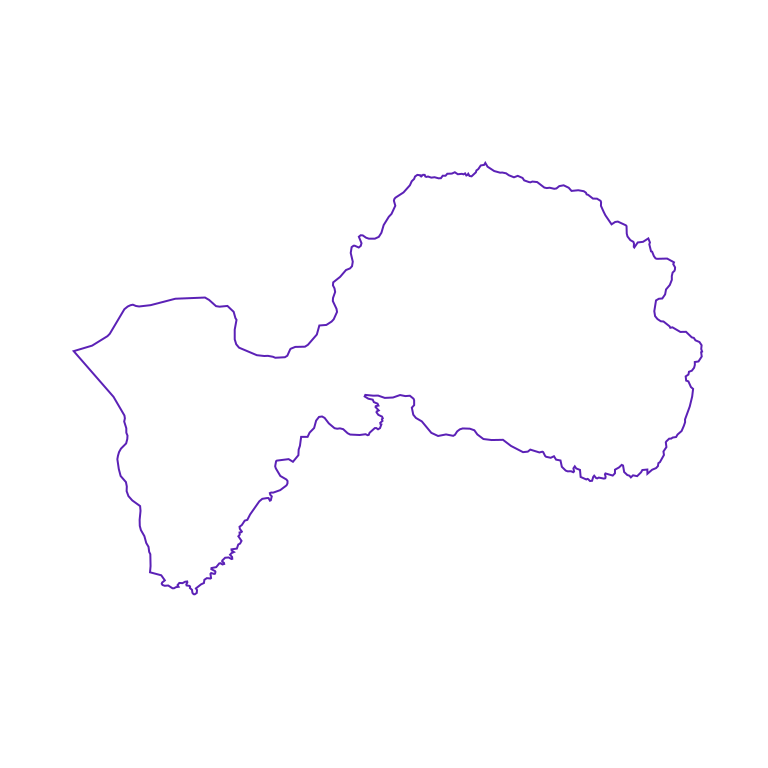 the district of Same, Manufahi, East Timor, rotated 97°
{"feature_id": "22284137B41872156490215", "entity_name": "Same", "entity_type": "district", "adm_level": 2, "iso_a3": "TLS", "parent_name": "East Timor", "parent_adm1": "Manufahi", "projection": "mercator", "projection_center": [125.715, -9.045], "detail": "fine", "context": "isolated", "style": "outline", "palette": "violet", "viewbox_px": 768, "rotation_deg": 97, "n_neighbors": 0, "source": "geoboundaries", "source_scale": "gbopen_adm2", "svg_char_len": 6126}
<svg xmlns="http://www.w3.org/2000/svg" viewBox="0 0 768 768"><g transform="rotate(97 384 384)"><path d="M425.8,307.4L422.1,305.6L419.7,303.1L418.5,300.4L417.9,293.4L418.9,288.7L422.7,285.2L426.5,278.6L426.5,270.3L424.9,259.1L430.0,250.4L434.7,237.7L433.6,233.0L431.3,230.8L433.0,221.4L431.9,218.6L432.2,217.7L435.8,215.3L436.5,214.2L436.9,209.5L435.0,206.5L438.1,204.0L438.4,199.5L444.5,197.4L447.8,193.1L448.3,191.1L447.8,187.7L448.5,185.4L447.7,184.7L444.6,185.7L442.5,184.6L444.4,182.9L445.4,179.0L452.3,177.5L454.1,171.6L453.4,170.6L453.6,169.7L455.2,167.7L454.7,165.7L450.7,165.0L449.4,164.2L451.5,162.0L451.7,160.9L450.7,159.4L451.1,154.2L450.6,152.9L449.2,152.7L446.7,153.7L445.8,153.3L447.0,145.8L444.5,143.9L440.9,144.3L438.2,140.6L435.3,138.2L435.8,136.8L442.1,134.9L444.7,131.4L445.1,129.2L446.6,127.6L444.3,125.7L444.6,121.5L440.3,118.1L437.9,117.1L436.8,112.2L441.0,111.6L436.4,107.4L434.3,103.7L432.1,102.1L429.1,102.0L427.9,100.6L420.3,97.5L416.9,98.4L412.2,96.0L407.5,97.2L406.6,96.8L403.5,94.3L403.2,92.3L402.0,91.0L401.0,87.6L398.4,86.5L394.4,82.9L389.0,81.3L385.2,80.5L382.5,80.9L369.1,77.8L358.9,76.6L351.2,76.6L349.6,79.0L344.3,82.2L343.8,84.5L339.7,85.5L337.5,83.0L334.7,82.8L333.3,80.1L330.1,78.2L327.2,77.8L324.3,78.2L323.3,74.6L318.0,72.0L313.8,73.1L313.1,72.2L310.7,73.4L306.8,73.5L303.9,76.0L302.7,80.2L300.5,82.1L300.2,84.2L295.4,90.6L296.2,96.2L292.6,104.6L293.3,106.7L292.0,107.5L287.9,114.2L288.0,116.9L286.2,120.5L283.6,123.2L278.8,124.6L267.9,124.2L265.9,121.6L265.2,118.2L260.8,115.9L255.8,115.6L250.9,112.4L245.5,111.0L241.8,111.5L238.2,111.1L236.3,109.5L234.9,109.2L232.8,109.3L229.8,111.5L227.9,111.0L225.0,118.3L226.5,128.4L226.2,129.8L224.2,131.7L220.0,134.0L219.8,135.1L213.0,137.7L211.1,137.3L207.3,139.4L211.3,144.2L212.6,149.4L218.0,152.2L217.4,152.8L214.1,153.0L212.5,153.8L211.2,157.0L207.9,160.3L205.1,161.4L197.8,162.5L197.0,163.3L194.3,171.7L195.0,174.3L197.8,177.6L189.6,184.8L186.3,187.0L180.7,190.4L177.1,190.7L175.8,191.4L174.1,195.2L174.5,199.2L171.4,204.4L171.1,206.0L169.5,206.9L168.3,209.2L168.0,214.8L169.5,221.4L166.7,224.6L164.9,229.9L166.2,234.1L168.9,236.7L169.5,238.8L169.0,243.5L169.7,246.3L169.5,248.8L164.9,256.6L165.0,261.4L166.0,263.3L165.9,264.8L164.8,269.7L162.6,271.6L161.1,276.6L163.0,280.2L161.6,285.5L160.0,288.5L159.7,292.4L160.1,294.5L159.2,300.6L155.7,307.7L152.2,310.4L154.3,311.3L155.3,314.6L159.2,316.6L160.8,318.3L162.7,318.6L167.2,322.4L167.1,324.5L165.1,326.0L166.3,326.6L167.0,327.7L165.1,329.2L166.2,330.6L165.9,332.3L166.8,336.3L165.2,339.5L166.9,342.3L167.6,346.8L169.8,348.3L170.1,351.1L172.8,352.6L173.2,354.9L172.6,359.0L173.4,362.2L172.7,365.6L173.3,367.2L173.0,368.3L171.5,369.1L171.6,370.7L173.5,372.4L173.1,373.1L172.4,373.0L172.4,376.4L174.3,378.5L176.8,379.1L179.4,381.2L183.6,382.5L191.5,388.0L197.7,395.4L199.2,396.3L200.9,396.5L205.7,394.5L214.3,397.3L217.4,399.6L226.3,403.7L234.2,405.0L238.6,407.1L240.9,410.8L241.6,416.7L241.0,419.6L239.1,423.2L239.2,425.3L240.9,426.9L247.0,423.5L249.7,423.9L251.6,425.7L250.3,430.0L250.5,431.1L252.1,432.8L258.0,433.0L266.4,429.9L271.0,430.1L273.4,431.8L275.5,435.6L283.0,440.6L289.3,446.8L292.3,446.7L295.1,444.8L298.6,443.7L304.9,445.1L307.9,444.9L315.2,440.3L318.2,439.4L325.9,441.8L328.4,443.6L332.4,448.4L333.8,455.3L343.1,456.7L354.4,464.3L356.6,467.0L358.0,476.6L360.2,480.6L360.9,481.3L367.7,483.4L369.5,485.6L371.2,495.1L370.5,497.6L370.2,502.7L370.8,506.2L370.9,513.7L365.6,532.3L362.6,535.5L357.9,537.6L348.2,538.8L338.3,538.2L336.7,539.5L330.7,542.0L325.6,548.9L327.3,556.6L327.2,560.2L321.9,567.8L320.0,572.2L324.8,601.5L334.2,625.3L336.9,636.5L336.8,639.7L335.9,642.9L336.7,645.2L338.3,647.8L341.4,650.8L367.6,662.3L370.2,664.3L381.5,678.4L389.2,696.0L429.7,650.9L446.9,637.8L449.7,637.0L452.9,637.3L459.3,634.4L463.8,633.8L466.5,632.3L469.9,632.1L474.4,632.7L480.2,637.2L483.9,638.7L487.7,639.3L491.1,639.5L500.6,636.9L507.4,634.2L512.8,628.2L517.0,626.8L521.7,626.4L526.4,624.0L530.2,619.7L534.9,611.2L539.6,610.2L548.6,610.0L554.6,609.1L558.6,607.5L564.2,603.3L570.8,600.6L574.3,597.9L579.3,596.6L581.4,595.2L593.2,593.5L599.4,593.3L601.0,581.8L605.6,577.6L608.1,580.0L609.4,580.3L610.5,579.3L611.0,577.0L610.3,573.6L612.5,569.1L612.3,567.5L611.0,565.7L610.3,563.2L608.8,564.4L606.4,562.9L606.2,559.7L604.5,557.3L604.0,555.3L604.9,555.0L607.0,555.8L608.0,555.4L608.1,552.4L609.0,551.7L610.1,551.8L611.7,549.5L614.6,548.7L615.8,547.4L615.8,546.2L614.2,544.4L611.3,544.5L609.8,545.8L605.1,541.1L603.5,538.5L600.2,538.4L598.3,536.2L598.2,532.5L597.7,532.0L593.6,533.1L592.7,532.5L593.2,529.5L592.8,528.6L591.0,528.4L590.3,528.9L588.8,532.8L587.7,532.8L586.2,528.2L582.2,525.7L581.8,524.6L582.8,522.3L582.1,520.7L581.0,521.1L579.9,523.0L578.9,523.0L575.8,520.5L575.1,517.1L576.3,514.0L576.0,513.3L574.2,513.7L572.2,516.0L570.4,514.7L569.1,512.5L567.9,514.9L566.7,515.2L565.3,510.0L561.1,509.1L559.9,507.4L557.1,506.3L552.9,510.0L551.1,508.8L549.0,509.3L548.4,507.4L547.8,507.1L545.4,509.4L543.3,510.0L541.3,507.9L536.6,505.6L535.5,503.1L529.8,501.0L515.7,493.5L512.8,490.8L511.5,486.3L511.3,484.7L513.7,483.0L513.2,482.2L509.2,481.7L507.8,483.4L506.2,484.0L505.5,482.8L505.3,480.7L502.0,474.1L496.5,468.4L494.5,467.7L492.1,467.9L490.7,469.2L487.9,475.7L480.9,481.1L478.9,482.0L473.8,481.7L473.1,481.0L470.2,469.5L472.3,464.9L465.1,460.3L459.5,460.7L455.6,459.9L446.6,459.8L445.8,453.4L441.3,451.9L436.2,448.0L428.6,446.9L424.6,444.5L423.8,441.5L424.9,438.8L429.8,434.0L433.9,427.7L434.1,425.0L433.4,422.3L433.8,419.0L437.3,414.1L438.3,411.4L437.6,402.0L436.1,396.2L436.8,393.9L436.3,392.9L434.2,392.4L428.9,387.8L428.7,386.2L429.7,384.4L428.3,382.6L424.5,381.7L424.4,382.5L423.0,383.0L420.8,381.0L419.2,381.8L418.2,381.0L416.6,382.0L415.3,385.9L413.0,388.0L412.1,387.9L410.9,386.0L407.9,389.6L407.0,389.5L406.1,386.9L404.3,388.0L403.2,391.9L400.9,393.3L400.5,397.8L398.7,401.7L397.1,401.2L396.9,393.1L396.2,388.5L397.7,381.5L396.3,373.4L393.0,366.7L393.4,361.3L392.5,356.9L395.0,352.9L396.5,352.1L401.3,351.5L404.1,353.5L410.9,351.2L413.8,348.2L416.5,341.9L426.7,331.1L429.0,324.0L426.5,316.3L427.0,309.0L425.8,307.4Z" fill="none" stroke="#5b21b6" stroke-width="2"/></g></svg>